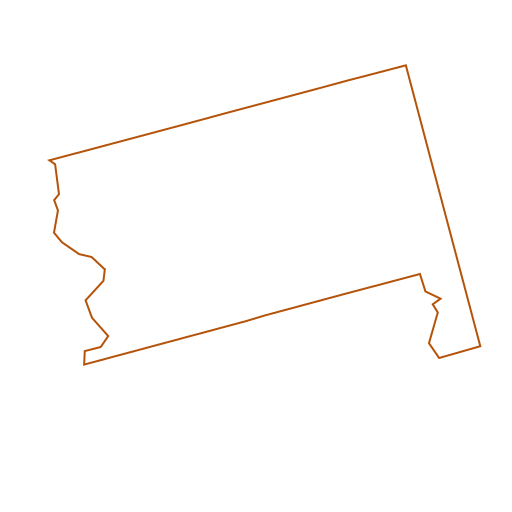 the district of Pottawatomie, Oklahoma, United States of America, rotated 75°
{"feature_id": "52423323B34642745342205", "entity_name": "Pottawatomie", "entity_type": "district", "adm_level": 2, "iso_a3": "USA", "parent_name": "United States of America", "parent_adm1": "Oklahoma", "projection": "mercator", "projection_center": [-96.916, 35.182], "detail": "fine", "context": "isolated", "style": "outline", "palette": "amber", "viewbox_px": 512, "rotation_deg": 75, "n_neighbors": 0, "source": "geoboundaries", "source_scale": "gbopen_adm2", "svg_char_len": 625}
<svg xmlns="http://www.w3.org/2000/svg" viewBox="0 0 512 512"><g transform="rotate(75 256 256)"><path d="M401.2,62.7L209.8,62.2L110.6,61.9L110.5,81.9L110.2,122.0L110.3,152.1L110.2,249.4L110.3,281.6L110.3,311.6L110.2,371.3L110.1,430.8L115.4,426.3L145.3,430.3L149.8,436.5L160.7,435.5L181.2,445.1L192.5,439.9L208.4,426.4L214.4,415.1L229.2,405.9L229.6,405.4L240.5,409.8L254.7,432.1L273.2,430.4L295.1,419.5L303.7,429.5L303.5,446.0L316.4,450.1L316.3,282.0L315.7,262.1L315.6,181.9L315.8,102.3L334.1,101.5L345.0,88.8L348.4,97.8L357.6,95.0L385.0,111.5L401.9,105.5L401.2,62.7Z" fill="none" stroke="#b45309" stroke-width="2"/></g></svg>